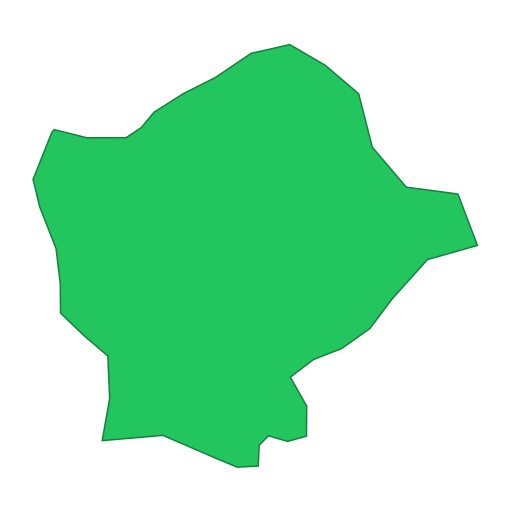 Masallı, Albers equal-area conic projection, rotated 179°
{"feature_id": "AZE-1708", "entity_name": "Masallı", "entity_type": "District", "adm_level": 1, "iso_a3": "AZE", "parent_name": "Azerbaijan", "parent_adm1": "", "projection": "albers", "projection_center": [48.733, 38.991], "detail": "fine", "context": "isolated", "style": "filled", "palette": "green", "viewbox_px": 512, "rotation_deg": 179, "n_neighbors": 0, "source": "natural_earth", "source_scale": "10m", "svg_char_len": 651}
<svg xmlns="http://www.w3.org/2000/svg" viewBox="0 0 512 512"><g transform="rotate(179 256 256)"><path d="M477.6,336.4L458.1,382.9L455.6,385.9L423.3,377.2L383.8,376.6L368.6,386.3L355.4,401.6L325.7,419.7L293.5,435.2L257.4,458.7L218.6,466.8L183.2,445.3L150.5,416.4L137.8,362.7L104.5,322.2L53.0,314.4L34.4,262.7L84.6,249.5L120.9,210.4L143.4,181.5L171.8,162.1L200.3,151.5L223.8,134.3L207.9,105.0L208.7,75.0L227.7,70.1L246.8,76.0L256.1,66.7L257.5,45.9L278.5,45.2L298.7,54.0L352.2,78.3L413.0,74.1L404.8,116.0L405.9,158.6L429.5,179.5L452.4,202.3L452.2,232.3L455.8,267.0L471.3,308.6L477.6,336.4Z" fill="#22c55e" stroke="#15803d" stroke-width="1.5"/></g></svg>